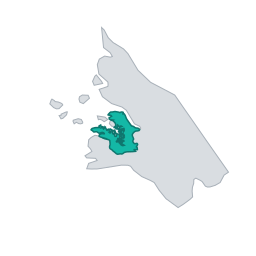 location of Quinara within Guinea-Bissau, rotated 55°
{"feature_id": "GNB-773", "entity_name": "Quinara", "entity_type": "Region", "adm_level": 1, "iso_a3": "GNB", "parent_name": "Guinea-Bissau", "parent_adm1": "", "projection": "albers", "projection_center": [-15.226, 11.637], "detail": "fine", "context": "in_parent", "style": "filled", "palette": "teal", "viewbox_px": 256, "rotation_deg": 55, "n_neighbors": 0, "source": "natural_earth", "source_scale": "10m", "svg_char_len": 6451}
<svg xmlns="http://www.w3.org/2000/svg" viewBox="0 0 256 256"><g transform="rotate(55 128 128)"><path d="M30.5,92.0L34.0,91.3L42.7,92.4L49.5,91.2L54.2,89.1L60.7,86.3L67.0,85.4L86.5,86.7L103.5,83.3L116.1,76.8L127.8,70.8L142.9,70.9L159.1,70.9L182.1,71.0L200.3,71.0L221.8,71.0L221.7,76.3L225.5,83.8L225.0,89.4L223.3,94.7L221.9,96.8L220.0,98.0L214.3,98.0L211.8,99.1L208.0,101.2L207.9,103.6L211.0,105.9L213.5,109.2L216.5,111.7L221.5,114.6L222.0,117.9L222.2,126.2L221.9,132.6L207.8,137.4L196.9,138.2L187.7,137.8L183.7,139.8L175.7,144.6L165.9,147.6L160.8,147.8L158.4,149.5L154.7,154.6L144.0,176.5L140.5,181.7L137.7,185.2L134.4,180.5L136.9,171.9L134.2,172.0L128.8,179.0L126.1,179.2L126.5,171.0L123.5,170.7L120.0,171.2L115.1,166.9L114.6,163.7L115.0,159.2L118.0,156.4L117.6,155.2L114.7,154.8L111.5,155.6L109.6,154.3L112.8,148.4L124.2,143.6L129.9,143.1L135.8,141.9L132.5,137.8L125.6,136.1L120.0,137.3L117.3,140.3L113.8,140.8L108.1,133.7L108.2,130.1L110.4,125.8L113.7,123.9L126.9,124.0L131.9,121.6L133.9,121.2L135.8,119.0L135.4,117.6L133.2,117.5L128.3,120.3L112.5,119.2L107.4,120.9L98.6,127.4L87.7,131.0L79.8,129.5L82.4,120.7L81.3,119.6L78.8,118.1L67.2,120.9L58.5,116.8L55.1,112.0L55.7,105.9L59.8,101.9L60.5,99.8L56.1,99.4L48.1,101.9L30.5,92.0ZM68.6,177.2L63.4,178.2L61.1,174.9L60.7,173.7L63.4,172.6L64.6,172.5L66.7,170.2L69.2,168.6L70.4,168.1L71.7,168.2L72.6,173.4L71.3,175.6L68.6,177.2ZM82.4,150.6L79.3,152.6L76.2,151.6L74.6,149.8L74.8,146.5L78.3,141.9L81.5,142.5L82.4,150.6ZM77.0,123.2L73.6,131.2L69.5,130.3L66.6,125.5L66.3,123.5L74.7,122.9L77.0,123.2ZM93.7,167.0L93.7,169.7L91.0,169.2L90.2,168.4L91.8,163.5L94.2,161.4L97.2,161.7L98.0,162.4L97.5,164.3L96.2,165.8L93.7,167.0ZM104.8,145.9L104.2,147.5L100.5,146.2L105.9,140.6L109.4,139.7L109.2,143.9L106.6,144.8L104.8,145.9ZM82.7,175.8L82.1,177.6L78.3,177.3L79.2,175.4L78.3,174.9L79.4,169.4L80.0,168.5L81.8,170.6L82.1,171.4L82.7,175.8Z" fill="#d9dde1" stroke="#a8b0b8" stroke-width="1"/><path d="M112.9,136.5L113.0,135.6L110.9,137.7L109.8,138.2L108.6,137.4L108.9,136.9L108.9,135.5L109.0,134.7L108.2,134.7L107.7,134.9L107.3,135.3L106.9,135.6L106.9,135.9L106.4,136.4L105.8,136.8L105.5,136.3L105.3,135.2L105.0,134.1L105.0,133.0L106.1,131.3L106.7,129.8L107.1,129.1L109.5,126.7L110.2,126.2L110.6,126.0L110.8,125.8L110.8,125.1L111.0,124.4L111.4,123.8L112.2,123.0L112.6,123.0L112.8,123.5L113.0,123.7L113.2,123.8L113.5,124.0L113.7,123.4L114.0,123.1L114.4,123.2L114.8,123.0L116.3,123.1L118.9,123.8L120.3,124.0L128.2,124.0L128.6,123.8L129.7,122.8L130.0,122.6L131.7,122.1L132.8,121.2L133.6,120.2L134.6,119.5L136.1,119.4L136.4,120.4L135.9,121.8L135.3,122.8L134.8,124.0L134.9,125.7L135.3,127.3L136.0,128.4L137.2,129.0L138.8,129.3L140.3,129.7L140.9,130.9L141.6,131.7L143.1,132.0L144.5,131.7L145.2,130.7L145.5,129.8L145.9,129.4L146.6,129.4L147.2,129.7L147.4,130.1L147.5,130.6L147.9,131.2L148.1,131.8L148.3,132.0L148.7,131.8L148.9,131.7L149.2,131.7L150.8,132.5L151.1,132.7L150.9,133.2L149.2,135.2L149.3,135.5L151.4,135.3L149.8,138.1L146.9,142.5L146.1,144.4L146.0,144.7L145.9,145.5L146.0,146.8L145.9,147.2L145.9,147.5L145.8,147.9L145.6,148.1L145.4,148.4L145.1,148.7L144.7,149.1L144.0,150.7L143.3,151.8L142.9,152.0L142.4,152.3L139.9,152.9L139.5,153.0L138.9,153.3L138.6,153.4L137.0,153.6L134.7,154.5L134.2,154.5L133.7,154.4L133.0,154.0L132.6,153.7L132.3,153.4L131.3,152.2L131.1,152.0L130.9,151.8L130.4,151.6L129.3,150.9L128.1,150.3L127.8,150.1L126.6,150.5L123.5,153.2L122.9,153.6L123.2,152.8L119.6,155.7L118.3,156.4L117.4,155.8L117.1,155.0L117.5,153.0L117.8,152.4L118.6,151.5L119.1,150.8L118.8,150.5L117.7,150.8L116.8,151.6L116.3,152.7L116.1,153.9L115.7,154.6L114.8,155.1L113.7,155.5L113.0,155.9L112.4,156.9L112.0,157.8L111.5,158.4L110.2,158.6L109.3,158.9L108.6,159.3L108.1,159.1L107.8,157.7L108.0,157.0L108.9,154.6L109.3,154.1L109.5,153.7L111.3,151.0L110.1,150.9L109.7,150.5L109.8,149.7L109.9,148.7L110.5,149.0L111.0,149.1L111.6,148.8L112.2,148.2L112.2,148.7L112.6,149.6L112.9,148.8L113.4,148.0L113.9,147.9L114.3,148.7L114.8,148.7L114.8,148.1L114.6,147.5L114.3,146.9L113.9,146.4L114.2,146.4L114.3,146.3L114.2,146.2L114.3,146.0L114.9,146.3L115.6,146.4L116.5,146.4L117.6,146.7L118.0,146.5L117.5,145.6L117.7,145.1L117.9,144.2L118.3,144.2L118.9,144.9L119.8,144.8L120.5,144.8L120.5,146.0L121.8,145.6L121.7,144.7L121.0,143.7L120.1,142.9L119.8,143.0L119.6,143.1L118.8,143.3L118.8,142.9L120.2,142.4L120.9,142.0L121.5,141.5L121.9,142.3L122.7,143.2L123.8,143.8L125.0,143.3L124.2,143.2L124.1,142.8L124.3,142.1L124.1,141.5L123.6,141.2L123.0,141.2L122.6,141.0L122.3,140.2L123.1,140.4L124.5,140.7L125.0,141.0L125.9,140.6L125.7,141.0L125.5,141.9L125.4,142.4L127.0,143.5L127.5,143.4L128.1,142.4L127.7,141.8L126.9,140.7L126.7,140.4L126.9,139.9L127.4,139.4L127.9,139.0L128.4,138.8L128.6,138.9L129.1,139.2L129.8,139.5L130.5,139.7L130.9,139.9L131.1,140.5L131.2,141.2L131.2,141.9L132.4,141.5L132.3,141.3L132.1,140.8L132.0,140.6L133.0,140.6L133.6,141.0L134.2,141.6L134.6,142.4L132.1,142.9L131.2,142.9L131.5,143.2L131.6,143.5L131.9,143.6L132.4,143.8L132.1,144.8L132.5,145.4L133.0,145.3L133.7,143.6L134.4,143.5L135.2,143.7L135.5,143.5L137.6,143.4L138.2,143.3L138.9,142.9L139.4,142.5L139.7,141.9L140.0,141.0L139.2,141.3L138.6,141.6L137.9,141.9L135.8,142.1L135.3,141.9L135.1,141.3L135.2,141.0L135.5,140.7L136.0,140.6L136.4,140.6L136.2,140.0L136.2,139.6L136.4,138.8L135.7,138.6L135.1,139.0L134.8,139.7L134.6,140.6L133.8,139.6L133.2,139.3L132.4,139.3L132.4,138.8L132.9,138.5L133.8,137.4L133.8,137.0L133.3,136.1L132.9,136.1L132.0,138.3L131.2,138.5L130.3,138.0L129.4,137.9L130.0,136.9L130.9,136.4L131.7,135.9L132.0,134.7L131.5,135.3L130.9,135.6L130.3,135.6L129.8,135.2L129.4,135.2L129.3,135.8L129.1,136.3L128.7,136.5L128.1,136.5L128.2,137.5L127.8,137.8L127.1,137.4L126.7,136.5L125.8,138.0L125.2,137.6L125.5,136.5L127.1,135.6L126.6,135.2L126.3,134.7L126.4,134.1L126.7,133.4L127.1,133.4L127.4,133.6L127.7,133.7L128.4,133.8L128.2,132.9L127.6,132.3L126.3,131.6L125.9,131.6L125.7,132.7L125.2,133.5L124.9,134.4L125.0,135.6L124.3,135.9L123.7,136.8L123.2,137.0L122.8,136.8L123.0,136.2L123.6,135.2L122.9,134.8L122.7,134.0L123.2,132.1L122.5,132.4L122.1,133.0L121.9,133.7L121.9,134.5L121.6,134.6L120.3,134.5L119.7,134.7L120.5,135.2L120.5,135.6L121.3,136.2L122.0,136.6L122.3,137.2L122.1,138.1L121.5,138.3L120.9,138.0L120.5,137.4L120.2,138.0L120.0,138.5L119.8,139.1L119.7,139.7L119.2,137.1L118.8,136.3L118.5,136.4L118.4,136.2L117.7,136.0L116.5,135.7L116.2,135.7L115.3,135.8L113.1,136.3L112.9,136.5L112.9,136.5Z" fill="#14b8a6" stroke="#0f766e" stroke-width="1.5"/></g></svg>